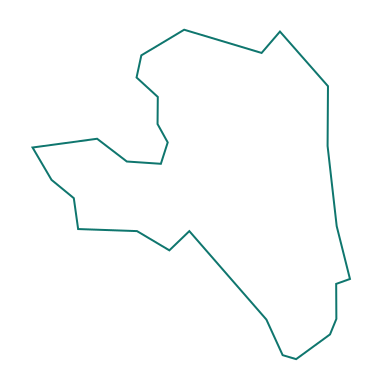 St Helens, Mercator projection, rotated 182°
{"feature_id": "GBR-5669", "entity_name": "St Helens", "entity_type": "Metropolitan Borough", "adm_level": 1, "iso_a3": "GBR", "parent_name": "United Kingdom", "parent_adm1": "", "projection": "mercator", "projection_center": [-2.702, 53.453], "detail": "fine", "context": "isolated", "style": "outline", "palette": "teal", "viewbox_px": 384, "rotation_deg": 182, "n_neighbors": 0, "source": "natural_earth", "source_scale": "10m", "svg_char_len": 500}
<svg xmlns="http://www.w3.org/2000/svg" viewBox="0 0 384 384"><g transform="rotate(182 192 192)"><path d="M205.5,353.9L127.3,333.4L109.7,355.4L59.8,302.5L58.1,242.7L46.2,162.9L31.1,110.6L44.7,105.2L43.3,70.2L49.1,54.5L82.1,28.6L95.7,32.1L113.2,67.1L193.3,152.8L212.6,132.9L245.6,151.0L304.5,151.0L309.9,181.7L332.8,199.2L352.9,230.9L288.7,241.9L258.2,220.2L224.1,219.1L218.0,240.7L228.8,258.7L229.5,285.8L251.4,304.5L247.4,326.8L205.5,353.9Z" fill="none" stroke="#0f766e" stroke-width="2"/></g></svg>